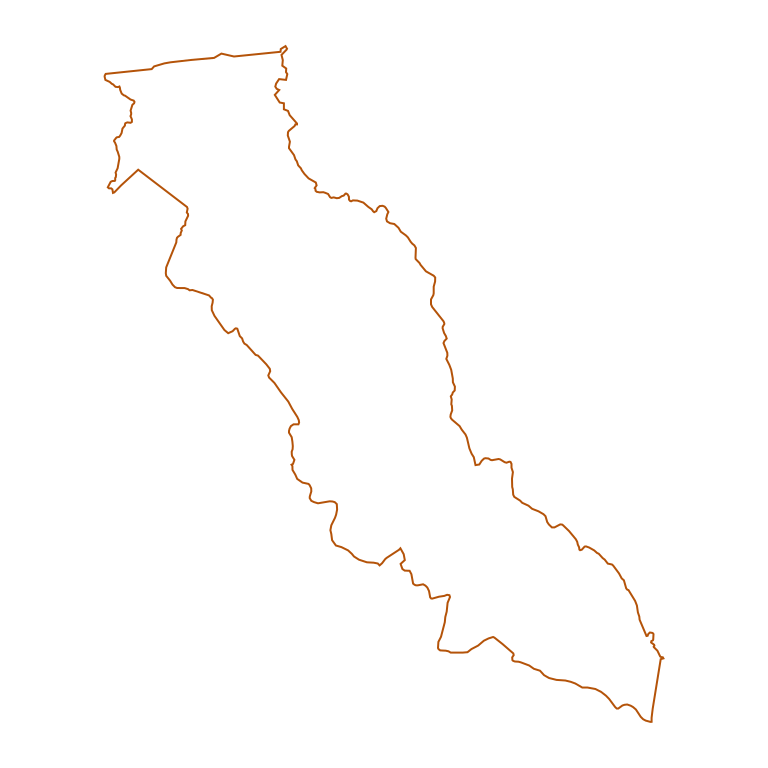 the district of Chivi, Masvingo, Zimbabwe
{"feature_id": "62879985B12004776276546", "entity_name": "Chivi", "entity_type": "district", "adm_level": 2, "iso_a3": "ZWE", "parent_name": "Zimbabwe", "parent_adm1": "Masvingo", "projection": "mercator", "projection_center": [30.666, -20.5], "detail": "fine", "context": "isolated", "style": "outline", "palette": "amber", "viewbox_px": 768, "rotation_deg": 0, "n_neighbors": 0, "source": "geoboundaries", "source_scale": "gbopen_adm2", "svg_char_len": 6085}
<svg xmlns="http://www.w3.org/2000/svg" viewBox="0 0 768 768"><path d="M663.4,658.4L662.8,657.3L661.2,657.1L660.2,656.5L657.4,650.7L653.8,647.1L653.7,646.5L654.4,645.7L654.1,644.7L651.1,642.5L651.3,641.2L652.9,640.3L653.2,639.6L653.5,634.2L653.2,633.5L652.3,632.9L649.9,632.5L648.3,634.0L647.6,635.8L646.5,636.0L639.6,619.7L639.3,616.6L637.9,612.4L636.9,605.5L635.1,600.9L628.5,590.1L627.3,589.7L626.2,588.4L623.9,580.3L621.7,578.4L619.0,573.4L613.2,565.6L612.0,564.5L607.8,563.6L604.7,559.6L602.7,558.1L598.7,553.7L597.1,553.0L594.2,550.4L589.1,547.5L586.0,546.4L584.6,546.6L581.8,549.7L580.1,550.2L579.4,549.6L579.1,547.3L577.8,544.6L577.2,541.8L575.8,539.2L569.0,531.0L563.1,525.3L562.2,524.6L560.2,524.4L554.5,527.4L551.9,527.4L548.9,524.5L547.2,522.0L545.5,516.2L543.5,514.2L538.5,511.3L532.1,508.8L528.5,505.7L522.2,502.8L520.1,500.6L514.3,496.9L513.2,494.7L512.8,489.3L512.2,487.0L512.0,478.7L512.9,472.1L511.5,467.7L511.5,463.9L510.5,461.9L509.3,461.7L506.5,462.7L504.7,462.2L500.2,459.4L498.6,459.0L492.0,460.2L490.6,459.9L488.5,458.5L485.4,458.2L484.0,458.6L481.7,460.8L479.3,464.5L475.5,465.1L473.8,457.2L471.6,453.7L469.4,448.4L466.9,437.7L465.5,434.5L461.7,429.6L459.6,426.1L452.2,419.8L451.0,418.4L450.4,416.9L450.7,414.5L452.2,410.4L451.9,405.8L451.3,404.3L451.7,399.5L450.8,396.3L452.2,394.5L452.8,392.5L454.7,390.5L454.9,386.6L452.9,382.3L452.8,378.5L451.2,369.8L449.3,364.8L446.3,358.9L447.4,355.7L447.3,352.8L443.5,343.1L444.4,341.0L446.7,338.6L445.9,336.1L444.1,333.0L442.6,328.2L442.7,326.8L444.3,324.1L444.3,323.3L443.6,321.4L432.2,307.0L431.0,304.3L431.0,299.4L433.3,295.2L433.7,293.3L433.7,286.7L435.1,281.5L435.2,277.5L433.8,275.8L425.9,271.3L420.5,264.8L419.6,263.1L415.7,259.1L415.5,257.9L415.9,248.0L414.4,245.4L412.2,243.6L410.6,241.7L407.9,237.4L405.9,235.4L400.8,231.7L398.5,227.8L394.3,224.0L390.0,223.2L387.0,221.4L386.2,218.7L387.3,214.3L388.4,212.0L385.8,207.9L384.6,206.6L382.6,205.8L379.7,206.1L377.5,208.2L376.3,211.1L374.2,212.2L373.1,211.3L371.7,209.3L368.3,206.9L363.4,202.6L357.4,200.6L352.9,200.4L351.1,201.3L350.0,200.9L349.0,199.6L348.9,196.7L347.6,194.4L346.4,193.6L345.5,193.6L343.7,195.6L341.7,196.2L339.2,197.9L336.8,198.2L333.7,197.4L331.3,197.9L330.1,197.2L328.1,194.0L325.2,192.8L323.3,192.2L319.7,192.4L316.7,191.8L315.6,190.8L315.4,188.9L314.7,188.1L316.6,185.4L315.8,182.5L308.6,178.4L304.4,173.9L301.8,170.3L300.9,168.3L298.2,165.4L296.8,161.2L295.5,159.5L294.0,155.1L289.0,148.2L289.0,146.8L289.9,141.7L287.8,135.5L288.0,132.2L288.8,130.9L294.6,126.0L295.4,124.4L297.0,124.4L297.0,123.5L289.7,115.2L288.0,110.9L283.9,109.3L283.9,103.3L279.7,102.5L274.8,94.9L279.2,90.0L276.7,88.8L275.3,86.6L276.1,83.6L279.1,79.1L286.0,79.9L287.3,74.1L286.0,72.1L286.2,68.5L282.3,65.7L282.8,60.1L281.5,54.9L287.1,49.1L287.4,49.4L285.5,46.1L280.8,49.0L280.5,51.8L234.0,56.5L221.4,53.6L214.1,57.9L190.7,60.0L170.5,62.3L164.3,63.4L154.1,66.4L151.7,69.1L105.7,73.9L104.8,75.4L104.6,76.6L105.4,79.9L109.7,81.9L111.8,83.8L113.1,84.4L115.5,86.8L118.0,87.1L119.4,86.5L119.9,87.7L120.2,89.9L121.7,93.6L123.8,95.3L125.1,95.7L130.5,99.5L133.7,100.6L134.5,101.9L134.1,103.3L132.4,104.8L130.6,110.6L131.2,113.0L131.1,114.6L130.5,116.1L131.9,119.4L131.9,121.9L130.6,122.8L127.3,122.4L125.4,123.2L125.0,124.1L124.9,125.6L122.5,128.5L121.6,133.0L120.3,135.4L119.2,136.9L116.9,137.3L116.3,137.7L114.1,140.5L114.1,141.3L115.0,142.6L116.4,146.0L116.7,149.6L117.7,151.7L119.3,156.9L119.3,158.9L117.6,168.3L115.6,172.5L116.1,174.6L115.8,177.1L115.2,178.0L115.2,180.2L114.8,180.9L112.4,181.0L110.7,181.8L107.8,187.3L108.9,188.3L111.3,188.4L112.4,189.4L113.0,192.9L114.3,192.4L121.1,185.4L138.2,169.7L187.0,207.0L187.6,208.7L186.8,212.5L188.0,214.0L188.1,215.8L185.4,221.4L185.2,225.2L183.1,226.3L181.1,228.9L181.8,230.5L180.7,233.0L180.6,234.9L177.8,236.9L177.0,237.8L176.5,239.6L176.3,242.4L166.2,267.4L165.8,273.2L166.2,275.8L170.1,280.7L172.5,284.6L175.0,287.2L177.1,288.0L184.7,288.1L188.0,289.1L189.6,290.3L192.5,290.0L209.0,295.4L211.2,297.8L211.9,298.1L212.9,299.6L212.6,302.7L211.7,306.2L211.8,310.2L214.5,315.9L224.4,330.0L228.2,333.2L232.6,331.2L234.9,328.8L235.9,328.3L237.3,328.7L239.8,336.1L242.1,338.4L243.1,341.5L244.4,343.6L246.7,345.0L255.6,354.9L258.0,355.6L266.3,364.3L269.8,368.8L270.2,371.2L268.3,375.4L269.1,377.6L274.4,382.9L281.0,392.4L288.3,401.6L292.2,408.9L297.3,416.9L298.8,420.2L299.1,422.6L298.4,424.3L293.6,424.3L290.9,426.1L289.6,428.6L289.0,430.9L289.0,432.7L291.7,437.2L292.4,441.7L292.8,446.1L292.6,449.2L291.7,451.7L291.8,454.5L292.1,456.1L294.4,459.8L293.0,463.9L291.5,464.7L292.4,466.0L292.5,469.9L295.3,474.6L297.2,478.9L302.5,482.6L308.5,483.9L309.6,485.1L311.2,488.3L311.3,491.4L309.8,496.4L309.7,498.1L311.3,500.8L314.0,502.1L318.0,503.3L329.7,501.3L332.5,501.5L334.7,502.1L336.8,504.1L337.1,509.6L336.1,514.7L335.0,517.8L331.3,525.3L330.4,530.2L331.3,534.0L332.1,540.2L335.9,545.5L341.4,547.1L348.1,550.4L351.8,553.8L354.0,556.5L359.0,559.7L366.9,562.3L373.7,562.7L377.8,563.5L379.6,565.4L382.1,563.2L385.2,559.1L386.6,557.9L399.0,549.8L400.4,548.3L403.7,554.2L404.8,560.1L400.6,563.9L402.4,569.0L404.7,570.6L409.6,570.8L411.4,574.2L413.1,583.6L414.6,584.8L415.9,585.3L418.0,585.3L423.1,584.3L425.4,585.6L427.3,587.5L429.0,591.0L430.2,597.4L431.2,598.5L432.3,598.6L439.0,596.7L444.3,595.9L447.1,594.8L449.4,595.2L450.0,597.0L447.6,602.8L446.7,611.6L445.3,617.0L444.8,622.2L441.0,636.8L438.4,641.9L438.0,648.0L438.6,649.2L440.2,650.4L445.8,650.7L448.5,651.3L450.7,652.6L462.7,652.6L467.5,652.2L471.4,649.1L478.1,645.6L483.9,640.7L488.6,638.4L493.1,637.0L494.4,637.6L502.6,644.1L513.3,653.4L513.7,655.1L512.2,657.4L512.4,660.1L513.2,660.9L514.9,661.5L518.4,661.7L520.7,662.3L529.2,665.5L533.9,668.8L540.0,670.7L544.1,675.2L549.0,678.0L556.5,679.9L565.3,680.5L570.7,681.8L575.3,683.5L582.2,687.5L587.3,687.5L595.4,689.0L601.1,691.9L606.0,695.7L609.1,698.9L615.2,707.1L616.7,708.5L618.3,708.5L622.4,705.5L624.5,704.8L627.2,704.5L630.7,705.7L633.1,707.1L635.9,709.5L640.7,716.8L643.1,719.2L645.7,720.6L650.5,721.9L651.6,721.8L651.6,717.8L652.7,708.7L660.7,659.2L663.4,658.4Z" fill="none" stroke="#b45309" stroke-width="2"/></svg>